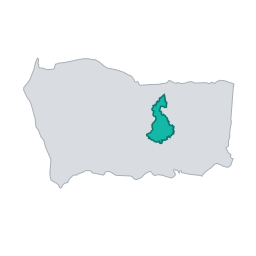 Central Gonja, Northern, Ghana shown in context, rotated 95°
{"feature_id": "2480657B60919857809422", "entity_name": "Central Gonja", "entity_type": "district", "adm_level": 2, "iso_a3": "GHA", "parent_name": "Ghana", "parent_adm1": "Northern", "projection": "robinson", "projection_center": [-1.24, 8.941], "detail": "fine", "context": "in_parent", "style": "filled", "palette": "teal", "viewbox_px": 256, "rotation_deg": 95, "n_neighbors": 0, "source": "geoboundaries", "source_scale": "gbopen_adm2", "svg_char_len": 7136}
<svg xmlns="http://www.w3.org/2000/svg" viewBox="0 0 256 256"><g transform="rotate(95 128 128)"><path d="M156.2,22.4L158.1,24.4L158.5,25.5L157.8,29.9L156.5,32.9L155.6,35.8L155.7,37.2L156.6,38.6L159.4,40.9L160.9,42.3L162.6,44.5L164.6,46.7L168.1,49.5L169.5,50.0L169.4,50.8L169.0,51.8L168.7,62.3L168.4,65.0L168.2,66.3L167.8,70.2L167.5,70.8L166.8,70.8L166.2,70.9L166.1,71.7L166.3,72.5L168.4,73.0L167.9,73.6L166.4,74.2L165.7,75.3L166.0,76.7L165.2,77.8L165.4,78.5L166.0,79.0L166.8,78.8L169.2,77.0L170.2,76.8L171.5,77.2L173.8,79.9L173.9,81.3L173.0,85.9L172.1,89.4L171.9,94.2L172.9,96.8L172.7,98.3L171.7,99.5L169.3,101.4L169.5,102.6L170.6,104.9L172.6,107.5L176.5,110.7L178.6,114.9L178.6,116.6L177.4,118.3L176.0,119.8L175.6,121.9L176.2,135.9L173.1,142.0L173.1,143.7L173.4,145.8L174.2,147.0L175.8,147.3L177.1,148.5L176.6,152.7L176.0,157.1L175.9,159.2L175.5,160.2L174.2,161.0L173.8,162.4L174.1,164.1L173.9,165.3L174.5,167.0L176.0,169.0L178.2,174.0L179.1,174.4L179.5,175.4L179.3,176.5L180.1,178.7L182.7,180.9L185.3,182.8L187.5,183.1L188.0,184.9L189.4,187.1L190.4,188.0L192.0,188.7L193.4,189.0L193.5,190.9L191.0,192.1L189.4,194.1L188.2,197.0L186.5,200.2L180.5,201.9L178.2,201.9L166.1,202.0L154.6,208.3L148.1,210.6L144.0,214.2L138.6,216.7L134.8,219.8L126.9,221.3L114.0,226.1L110.0,228.0L105.9,231.4L99.2,235.3L96.6,235.3L91.4,231.6L87.5,229.7L77.9,226.9L70.7,225.8L67.3,224.6L66.3,224.4L67.1,223.1L69.1,223.0L71.2,223.4L72.8,222.4L75.1,222.3L75.8,221.2L75.9,218.5L75.9,216.4L76.7,215.4L76.9,212.9L75.8,207.3L75.0,206.6L70.8,205.8L70.5,204.7L69.8,203.5L69.0,200.6L68.1,196.3L66.6,191.0L63.8,182.2L63.1,179.1L62.6,175.9L62.5,172.1L63.1,170.7L63.0,168.7L62.8,166.8L64.8,162.3L68.6,156.8L69.5,154.8L70.2,153.5L70.3,151.5L71.0,145.1L72.8,137.4L74.0,134.5L74.8,132.9L75.7,130.3L76.0,129.1L79.6,126.1L81.2,125.3L81.6,124.1L81.0,122.8L81.3,121.9L82.1,121.4L83.4,121.1L84.4,119.8L82.9,110.3L81.7,100.8L81.6,100.0L80.9,98.7L80.2,94.7L79.0,92.5L77.3,91.8L77.3,89.6L79.0,86.0L79.4,83.8L78.6,83.2L78.5,81.5L79.1,78.8L78.8,77.2L78.5,75.4L76.7,71.2L76.3,68.3L77.2,66.6L77.2,62.8L76.3,57.0L76.1,53.3L76.8,51.8L76.4,50.3L75.2,49.0L75.1,47.6L76.2,46.3L76.0,45.3L74.7,44.5L73.5,42.7L72.4,39.9L72.6,35.4L74.7,27.0L74.9,26.3L77.2,26.4L77.2,26.7L84.4,26.6L92.5,26.5L102.3,26.4L111.1,26.3L111.5,26.0L113.0,25.5L122.0,26.3L127.6,25.9L129.9,26.2L131.7,26.8L135.5,26.4L137.6,26.6L139.2,28.7L139.8,28.7L140.6,27.8L142.2,26.8L143.8,26.0L144.9,24.4L145.6,23.1L146.6,23.4L148.1,23.3L149.0,22.3L149.4,20.7L156.2,22.4Z" fill="#d9dde1" stroke="#a8b0b8" stroke-width="1"/><path d="M98.4,92.8L98.1,93.0L97.9,93.4L97.6,93.2L97.3,93.3L97.2,93.5L96.7,93.6L96.2,93.4L96.1,93.5L95.6,93.8L95.5,93.7L95.2,93.8L94.7,93.7L94.3,93.8L94.2,94.0L93.7,94.2L93.2,94.3L92.8,94.6L92.4,94.4L91.9,94.7L91.7,94.8L91.9,94.9L92.2,95.5L92.6,95.9L92.8,96.1L93.1,96.2L93.6,96.7L93.9,96.8L93.9,97.0L94.3,97.5L95.0,97.9L95.1,98.6L95.5,99.1L95.8,98.9L96.0,99.0L96.1,99.3L97.0,99.2L97.6,99.2L98.0,99.1L98.1,99.3L98.9,99.6L99.0,100.0L98.9,100.3L99.1,100.2L99.1,100.4L99.0,100.5L99.1,100.9L99.1,101.1L99.4,101.4L99.5,101.6L99.8,101.6L100.0,101.6L100.3,101.8L100.3,101.7L100.4,101.8L100.5,101.9L100.8,101.9L101.0,101.9L101.3,101.8L101.5,101.9L102.0,101.9L102.4,102.1L102.5,102.2L102.5,102.4L102.7,102.5L102.8,102.7L102.9,102.8L103.0,102.9L102.9,103.0L103.0,103.0L102.9,103.1L103.1,103.3L103.1,103.5L103.3,104.0L103.3,104.7L103.5,105.0L104.0,104.7L104.8,104.6L105.5,104.9L106.5,105.7L107.2,105.8L108.4,105.2L108.6,104.8L108.6,104.2L108.8,103.9L109.4,103.5L109.8,103.6L110.2,104.0L110.8,104.1L111.9,104.1L112.5,104.2L113.1,104.0L113.7,103.6L113.9,103.0L114.1,102.1L114.5,101.3L114.8,101.2L115.6,101.2L116.4,100.9L116.8,100.9L117.7,101.1L118.3,101.4L118.8,101.9L119.1,102.1L119.7,102.6L120.3,102.7L121.1,103.7L122.6,104.4L123.0,104.4L123.3,104.1L125.1,104.1L125.4,103.9L125.8,103.6L126.1,103.6L126.6,103.3L127.2,103.3L127.9,103.5L128.4,103.9L128.9,104.4L129.3,104.7L130.3,104.9L130.6,105.1L131.0,105.7L131.6,107.0L132.5,108.6L133.0,108.8L133.9,108.6L134.2,108.2L134.4,107.4L134.7,106.9L135.1,106.6L135.5,105.9L135.6,106.2L136.0,106.6L136.3,106.7L136.5,106.1L136.3,105.8L136.3,105.7L136.7,105.4L136.9,104.7L137.1,104.5L137.4,103.8L137.5,103.8L137.5,103.6L137.8,103.4L137.6,102.8L137.7,102.5L137.9,102.2L138.1,102.1L138.3,101.4L138.7,101.0L139.5,99.4L139.2,98.5L139.3,98.2L139.4,97.9L139.2,97.4L139.3,97.1L139.1,97.0L139.1,96.8L139.0,96.5L138.8,96.4L138.7,96.1L138.5,95.9L138.7,95.7L138.9,95.7L139.4,95.5L139.3,95.4L139.5,95.4L139.7,95.0L139.9,95.0L140.0,95.1L140.5,94.8L140.6,94.7L140.5,94.3L140.4,94.1L140.3,93.4L140.1,92.9L139.0,92.8L138.8,92.8L138.6,92.7L138.4,92.7L138.2,92.5L137.9,92.8L137.8,93.0L137.5,93.0L137.4,93.1L137.1,93.2L137.2,93.4L137.0,93.5L136.9,93.4L136.9,93.1L137.0,92.8L137.1,92.7L137.0,92.4L136.9,92.0L137.0,91.8L137.0,91.7L137.0,91.4L136.8,91.3L136.8,91.2L137.0,90.7L136.9,90.6L137.0,90.5L137.0,90.4L136.9,90.4L136.7,90.1L136.6,89.9L136.5,89.7L136.6,89.4L136.5,89.2L136.3,88.9L136.3,89.1L136.1,89.0L136.1,88.8L135.9,88.8L135.9,88.5L135.6,88.3L135.6,88.2L135.4,88.2L135.5,88.1L135.3,88.0L135.1,88.0L134.7,88.0L134.3,88.2L134.0,88.1L133.7,88.3L133.4,88.2L133.4,87.4L133.5,87.1L133.4,86.9L133.1,86.8L133.3,86.7L133.4,86.3L133.5,86.2L133.6,85.9L133.4,86.0L133.4,85.9L133.3,86.0L133.2,85.9L133.1,86.0L133.0,85.9L132.7,85.8L132.7,85.7L132.4,85.4L132.4,85.2L132.3,84.9L132.2,84.9L132.0,84.6L131.9,84.4L131.9,84.5L131.7,84.4L131.7,84.2L131.4,84.0L131.3,83.9L131.0,83.9L130.7,83.8L130.7,83.4L130.3,83.3L130.0,83.1L129.9,82.1L129.5,82.0L129.1,82.3L128.9,82.3L128.5,82.7L128.2,82.8L128.2,82.7L128.4,82.2L128.2,82.1L127.9,81.8L127.6,81.7L127.3,81.9L127.3,82.0L127.2,82.1L127.1,82.3L126.9,82.4L126.5,82.4L126.5,82.5L126.4,82.5L126.2,82.6L126.0,82.8L125.9,82.8L125.7,83.0L125.7,82.9L125.3,82.6L125.0,82.7L124.9,82.6L124.6,82.7L124.4,82.6L124.2,82.5L123.9,82.6L123.7,82.5L123.4,82.9L123.1,83.0L123.0,82.9L123.0,83.1L122.9,83.1L122.8,82.9L122.8,83.1L122.5,83.1L122.5,83.3L122.1,83.4L122.0,83.6L121.9,83.6L121.7,83.7L121.6,84.0L121.3,84.1L121.4,84.3L121.7,84.4L121.8,84.5L121.7,85.1L121.8,85.6L121.8,86.2L121.6,86.3L121.4,87.0L121.2,87.1L121.1,86.9L121.0,87.1L120.9,87.1L120.6,87.1L120.4,87.4L119.9,87.7L119.7,87.9L119.4,88.1L119.1,88.0L118.9,87.9L118.7,87.9L118.2,87.6L117.6,88.3L117.8,88.9L117.8,89.0L117.6,89.0L117.4,89.0L117.2,89.0L117.1,88.9L116.9,88.9L116.6,89.1L116.4,89.4L116.2,89.5L115.8,89.5L115.7,89.4L115.4,89.5L115.2,89.6L114.8,89.7L114.6,90.2L114.3,90.4L114.2,90.6L113.8,90.9L113.6,91.3L112.6,92.0L112.4,92.4L112.1,92.8L112.1,93.0L111.5,93.5L111.4,93.7L111.7,93.8L112.2,95.0L111.9,95.2L111.8,95.5L111.4,95.7L111.0,95.7L110.9,96.0L110.3,96.1L110.1,96.0L109.8,96.1L109.5,96.0L109.3,96.0L109.2,96.2L108.8,96.4L108.4,96.8L108.2,97.6L108.2,98.2L103.6,97.3L103.6,96.5L103.4,95.6L103.4,95.0L103.7,94.6L103.5,94.4L103.8,94.0L104.0,93.4L104.3,93.0L104.1,92.8L104.1,92.7L104.0,92.4L104.0,92.1L103.9,92.2L103.6,92.0L102.9,91.6L102.6,91.7L102.2,91.6L102.0,91.8L101.9,91.8L101.4,91.9L101.4,91.7L101.2,91.7L100.9,91.7L100.7,91.7L100.3,91.7L100.1,91.6L100.0,91.9L99.8,91.9L99.7,92.0L99.5,91.8L99.4,91.8L99.0,91.8L98.8,92.2L98.7,92.3L98.4,92.6L98.4,92.8Z" fill="#14b8a6" stroke="#0f766e" stroke-width="1.5"/></g></svg>